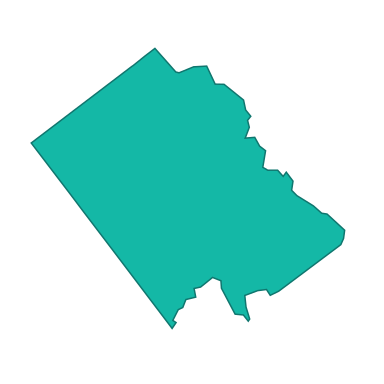 outline of Bear Lake, Idaho, United States of America, rotated 143°
{"feature_id": "52423323B15127736824866", "entity_name": "Bear Lake", "entity_type": "district", "adm_level": 2, "iso_a3": "USA", "parent_name": "United States of America", "parent_adm1": "Idaho", "projection": "orthographic", "projection_center": [-111.379, 42.301], "detail": "fine", "context": "isolated", "style": "filled", "palette": "teal", "viewbox_px": 384, "rotation_deg": 143, "n_neighbors": 0, "source": "geoboundaries", "source_scale": "gbopen_adm2", "svg_char_len": 938}
<svg xmlns="http://www.w3.org/2000/svg" viewBox="0 0 384 384"><g transform="rotate(143 192 192)"><path d="M290.9,327.9L290.5,263.8L290.5,260.9L290.5,245.6L290.5,240.1L290.3,201.0L290.2,169.8L290.0,99.1L290.0,95.0L283.3,97.3L284.6,101.0L273.8,106.3L268.9,105.3L261.6,109.8L252.3,105.8L248.4,113.7L242.3,110.9L227.0,111.4L222.3,103.7L226.4,97.4L231.1,68.5L225.0,62.9L224.8,55.0L222.4,55.8L218.1,67.6L212.1,77.6L198.9,73.7L191.2,69.3L191.7,62.4L182.4,60.6L104.8,60.4L98.9,63.7L93.1,69.6L97.4,93.1L101.2,97.0L103.4,107.8L110.4,125.9L111.4,133.4L104.8,139.9L104.8,151.1L109.8,149.6L110.5,157.9L118.4,163.8L120.6,169.1L108.4,180.7L110.4,187.9L109.0,197.9L117.1,203.0L107.3,209.2L104.5,215.8L99.5,217.1L99.8,225.2L95.5,234.4L101.6,258.7L108.6,264.2L104.5,283.7L115.4,291.0L130.6,295.0L132.7,297.6L135.2,329.0L135.4,329.0L147.5,328.9L163.0,328.4L164.6,328.5L166.3,328.5L290.9,327.9Z" fill="#14b8a6" stroke="#0f766e" stroke-width="1.5"/></g></svg>